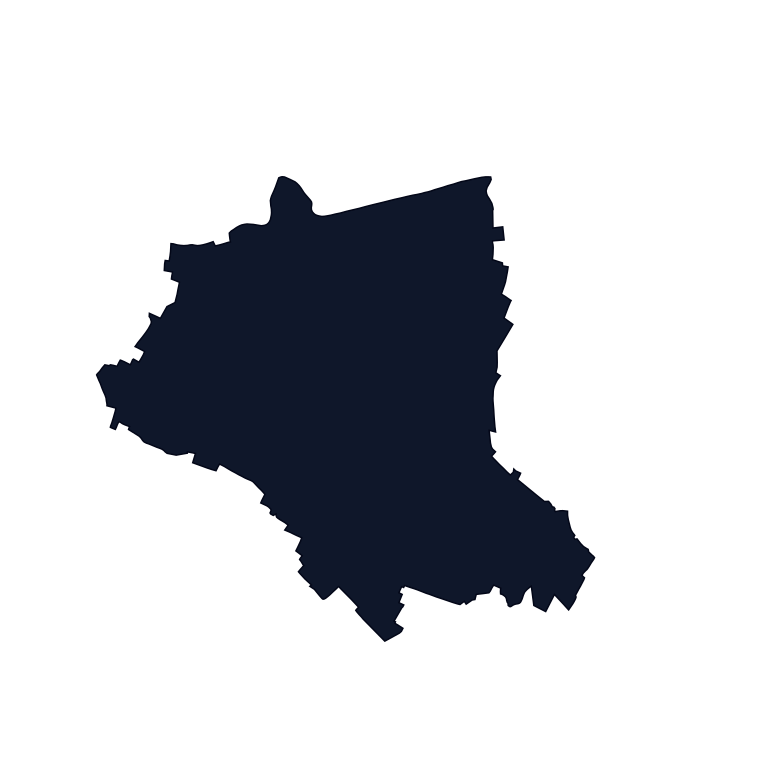 My Hao, Hưng Yên, Vietnam, rotated 205°
{"feature_id": "81297802B81471151736005", "entity_name": "My Hao", "entity_type": "district", "adm_level": 2, "iso_a3": "VNM", "parent_name": "Vietnam", "parent_adm1": "Hưng Yên", "projection": "albers", "projection_center": [106.098, 20.926], "detail": "fine", "context": "isolated", "style": "filled", "palette": "ink", "viewbox_px": 768, "rotation_deg": 205, "n_neighbors": 0, "source": "geoboundaries", "source_scale": "gbopen_adm2", "svg_char_len": 6171}
<svg xmlns="http://www.w3.org/2000/svg" viewBox="0 0 768 768"><g transform="rotate(205 384 384)"><path d="M566.5,526.4L565.6,517.0L565.4,513.1L565.3,506.8L565.0,504.4L564.5,502.2L563.5,500.5L561.9,497.7L560.0,495.0L558.3,491.7L557.5,489.5L556.4,484.8L556.5,482.1L556.9,480.6L557.8,478.8L559.5,477.2L562.0,475.6L569.8,473.4L575.8,471.1L578.1,469.6L580.3,467.9L581.9,466.1L583.8,463.5L585.4,460.7L587.1,458.0L588.0,455.4L586.6,453.0L584.4,449.5L583.2,447.8L585.0,446.6L588.5,443.4L591.5,440.8L595.3,437.8L599.0,440.8L601.1,438.7L603.9,436.1L606.9,433.6L609.3,431.9L611.5,430.6L614.1,429.8L616.5,429.2L618.4,428.2L620.6,426.6L623.9,424.8L627.1,423.6L630.4,422.6L634.1,422.0L636.4,421.2L633.4,413.8L632.0,409.5L630.7,404.7L634.5,403.5L633.6,400.2L631.1,394.0L623.1,396.1L622.7,395.2L622.0,392.4L621.0,389.3L617.9,389.5L612.4,389.8L611.6,386.7L610.6,382.4L609.4,377.9L607.8,369.5L613.4,362.5L614.4,349.0L619.2,349.0L626.5,348.9L625.3,345.9L623.5,344.9L622.7,343.9L621.2,342.2L620.6,340.3L620.7,337.9L620.9,334.6L621.6,330.2L622.8,324.5L624.5,317.7L625.4,312.7L622.5,312.7L614.7,312.3L614.5,308.6L615.0,302.4L615.4,300.2L621.6,300.7L622.1,299.7L622.0,297.1L622.0,294.2L625.4,294.3L628.7,294.4L632.4,294.3L633.1,294.2L633.3,291.3L633.4,287.2L637.2,286.5L640.0,285.8L641.0,284.4L645.1,283.4L646.2,279.5L647.0,275.2L648.1,272.1L648.3,270.8L643.8,266.7L641.3,264.6L637.7,261.0L635.1,258.6L632.4,256.3L630.1,254.0L628.4,251.3L626.5,248.6L625.9,247.2L617.1,248.8L616.6,248.2L616.0,245.4L615.0,239.1L614.2,233.5L614.0,230.4L613.7,229.1L612.2,229.1L608.3,229.3L608.3,231.7L608.5,234.5L608.5,236.3L608.2,237.6L607.2,238.0L604.3,237.5L601.7,237.5L599.1,237.7L596.6,237.9L596.5,236.3L596.3,234.8L593.9,234.5L586.5,233.6L583.6,233.2L581.3,232.3L578.8,230.8L576.9,230.1L574.4,230.0L571.9,230.3L563.2,230.7L559.9,231.0L557.6,231.1L555.3,230.7L553.9,230.1L551.3,229.5L542.3,231.7L533.0,238.2L533.5,239.4L527.7,240.9L526.3,241.1L525.5,241.4L524.1,231.8L514.1,232.7L509.4,233.1L504.1,233.7L499.6,234.4L499.5,238.9L499.2,242.0L493.9,241.8L489.4,241.3L485.2,240.9L481.0,240.7L477.4,240.4L473.8,240.3L470.7,240.1L468.6,240.1L463.3,240.3L461.1,240.0L453.9,237.1L450.4,235.9L447.3,234.6L445.3,233.7L445.5,226.7L445.4,224.1L438.8,224.1L436.7,223.8L433.9,222.8L433.2,222.2L432.8,221.1L432.8,219.0L431.8,218.3L428.8,218.1L427.9,219.4L426.9,220.6L426.1,219.1L425.1,218.0L423.5,217.5L421.1,217.1L418.9,216.9L415.2,216.5L411.2,215.6L412.2,209.7L407.2,209.9L399.3,209.8L393.6,209.9L393.2,206.2L393.2,199.5L393.3,195.5L385.6,193.8L386.3,190.2L386.3,189.2L385.3,188.8L383.9,188.0L381.1,186.1L380.0,185.6L381.6,180.1L382.2,177.7L380.0,176.7L373.0,173.8L364.8,171.2L365.7,169.3L360.3,168.5L352.9,164.9L349.5,163.4L348.5,163.2L347.6,163.6L346.4,165.1L345.0,167.9L344.0,170.1L342.4,174.2L340.9,177.8L339.9,180.5L339.4,181.3L336.7,180.2L327.0,176.6L322.9,175.1L318.9,173.5L312.7,171.0L313.8,167.7L313.9,166.9L312.5,166.1L309.0,164.5L306.2,163.4L303.5,162.1L274.6,151.3L264.8,164.7L263.7,167.1L263.6,170.6L273.1,171.8L273.1,173.3L274.7,173.3L273.3,188.8L272.8,189.9L272.7,192.1L278.1,192.1L278.6,201.0L282.3,201.1L282.4,207.8L280.2,207.9L280.2,209.1L280.1,210.1L274.4,210.7L270.6,211.2L266.8,211.6L263.7,211.8L257.2,212.2L254.1,212.6L246.4,213.2L241.4,213.8L229.3,215.1L224.3,215.8L221.9,216.3L219.4,221.0L216.5,219.2L212.8,225.5L210.5,227.1L211.5,232.3L209.3,233.7L205.7,235.9L200.7,239.1L200.2,241.2L200.1,244.4L199.8,246.9L199.5,248.1L191.9,248.3L191.5,247.0L190.7,245.0L189.6,243.0L188.4,243.2L187.4,243.2L185.9,243.0L183.8,242.4L182.7,241.5L182.1,240.9L181.5,239.9L180.1,238.3L179.0,237.7L178.4,236.8L178.2,236.3L177.9,235.8L177.5,235.6L175.8,235.4L175.1,235.8L173.3,238.6L171.9,240.0L169.5,241.7L168.6,242.7L168.1,243.8L168.0,245.0L168.0,247.7L168.3,250.0L168.5,251.6L168.6,254.0L168.5,255.2L168.2,256.2L167.5,258.3L165.7,262.1L165.2,262.9L164.1,261.6L154.6,246.6L141.3,246.1L140.6,265.3L127.3,259.9L126.2,259.4L121.2,257.3L120.0,264.7L119.8,266.8L119.7,268.7L119.7,270.4L119.8,271.7L120.3,272.6L121.2,273.4L121.0,276.5L120.8,280.4L120.5,283.7L120.2,291.3L120.4,293.1L122.0,293.6L123.7,294.2L123.5,296.7L122.4,300.0L121.7,301.6L121.4,302.9L121.0,305.7L120.6,309.5L119.9,313.6L119.8,315.6L121.4,316.4L123.4,316.9L127.5,318.3L129.1,320.4L130.7,320.5L134.5,321.0L138.4,322.5L143.6,325.2L145.3,323.9L147.4,325.3L147.1,327.4L150.4,329.1L152.7,330.7L154.7,332.8L159.7,339.0L161.3,341.3L162.2,342.7L163.9,346.3L168.5,344.7L171.0,343.4L174.4,341.1L174.8,340.7L176.1,341.7L176.4,343.3L178.1,344.2L179.4,343.7L182.1,345.7L185.3,347.2L189.0,345.3L198.0,347.5L222.7,353.8L222.5,356.2L222.4,359.1L222.5,360.9L227.9,360.9L230.4,361.8L229.5,358.6L231.1,354.9L235.5,356.3L240.0,358.0L245.4,359.8L249.8,361.5L253.5,362.9L256.1,364.1L255.2,366.5L254.3,369.7L258.1,370.9L260.0,372.2L262.5,375.4L268.6,385.5L269.1,386.5L262.6,387.7L265.4,392.1L270.2,400.5L273.8,407.2L278.0,414.6L279.3,417.2L280.0,419.0L281.8,423.3L282.5,425.5L283.0,428.0L283.2,430.1L283.2,433.4L283.1,435.3L282.0,440.7L284.4,441.0L287.4,441.5L288.6,447.0L290.5,451.4L295.6,461.8L294.1,475.7L292.4,492.5L303.1,494.5L304.0,506.3L304.2,511.9L304.1,513.4L305.5,513.5L310.8,514.5L314.3,514.9L315.6,515.0L316.1,519.5L316.6,524.5L317.1,528.0L319.6,537.8L321.0,542.6L326.4,541.2L327.9,543.8L338.3,542.5L340.1,547.7L342.7,553.8L344.1,556.3L345.4,557.9L346.1,559.6L336.0,565.3L342.8,576.6L351.2,571.4L351.7,572.5L358.8,587.1L358.9,588.4L359.9,590.0L362.6,593.3L366.3,596.0L369.9,598.3L371.5,599.9L373.1,602.2L373.7,605.8L373.2,611.3L373.3,614.6L374.8,616.7L377.0,615.8L379.7,614.5L382.8,612.6L388.5,608.4L395.8,602.7L399.2,600.3L402.3,597.5L405.5,594.5L410.0,590.7L413.8,587.1L420.3,581.4L422.6,579.1L425.2,576.8L428.0,574.7L430.5,572.5L434.2,569.7L437.5,567.4L442.2,563.8L446.3,560.5L452.3,555.9L458.2,551.1L462.5,547.6L469.3,542.2L475.3,537.3L480.6,532.8L491.0,524.6L495.8,520.5L500.1,517.3L503.4,514.6L506.5,512.4L509.2,510.6L511.4,509.5L514.1,508.8L515.9,508.5L517.9,508.4L519.8,508.9L521.8,509.8L523.5,511.4L524.5,513.3L525.0,515.1L525.6,516.8L526.6,518.3L528.3,519.4L535.3,522.5L537.5,523.6L542.1,526.5L544.8,527.9L547.7,529.0L550.1,529.6L555.7,529.7L561.6,529.6L563.9,528.8L565.2,527.8L566.5,526.4Z" fill="#0f172a" stroke="#020617" stroke-width="1.5"/></g></svg>